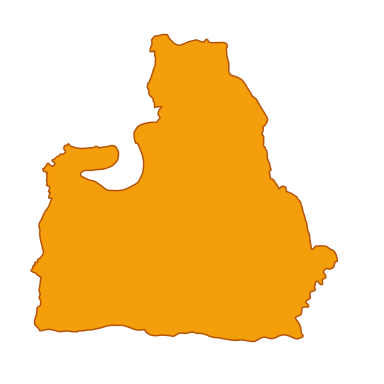 outline of Krok Phra, Nakhon Sawan, Thailand, rotated 276°
{"feature_id": "78962969B8513684834011", "entity_name": "Krok Phra", "entity_type": "district", "adm_level": 2, "iso_a3": "THA", "parent_name": "Thailand", "parent_adm1": "Nakhon Sawan", "projection": "mercator", "projection_center": [100.023, 15.583], "detail": "fine", "context": "isolated", "style": "filled", "palette": "amber", "viewbox_px": 384, "rotation_deg": 276, "n_neighbors": 0, "source": "geoboundaries", "source_scale": "gbopen_adm2", "svg_char_len": 5886}
<svg xmlns="http://www.w3.org/2000/svg" viewBox="0 0 384 384"><g transform="rotate(276 192 192)"><path d="M345.9,151.2L345.7,147.0L343.7,141.6L343.2,138.9L342.2,137.9L339.0,135.9L337.4,136.5L333.9,136.7L331.7,135.8L328.9,135.5L327.3,135.7L327.2,136.3L327.5,137.5L327.4,138.5L328.2,138.9L328.2,140.1L323.2,140.8L322.1,141.7L313.7,142.2L311.9,141.4L309.6,140.9L300.3,139.1L299.8,138.6L297.1,138.1L296.4,137.3L295.1,136.8L292.6,136.5L291.6,136.6L288.1,138.5L284.8,139.0L283.9,140.0L283.2,140.4L280.7,143.6L278.7,143.8L277.3,145.1L272.3,146.0L273.4,150.0L273.7,152.9L269.4,150.4L267.4,150.1L265.3,150.3L263.9,151.7L262.3,152.5L260.4,151.1L258.0,149.9L257.4,148.4L257.2,144.9L256.2,140.6L254.1,135.2L252.7,132.8L251.5,131.4L249.6,130.2L245.7,128.3L243.1,128.3L241.6,128.7L239.5,128.9L235.2,130.6L234.6,131.2L234.8,132.5L232.3,134.4L230.9,134.9L229.5,135.9L226.4,137.3L223.1,139.1L217.8,140.6L212.7,141.2L206.6,141.1L201.2,139.5L197.0,137.8L195.4,136.6L193.6,134.6L189.5,128.4L187.8,125.5L186.7,123.0L185.6,118.1L185.1,112.0L185.0,108.5L185.2,107.1L185.8,105.8L189.4,100.0L192.2,94.8L192.8,92.5L192.9,90.0L193.5,87.5L195.2,82.7L196.2,80.5L196.8,79.7L198.0,79.2L199.6,79.7L200.3,80.2L202.1,82.8L202.6,85.6L202.9,89.3L204.1,94.0L205.2,100.0L205.9,102.4L207.9,106.9L209.1,109.0L210.3,110.5L211.9,112.0L214.1,113.6L215.7,114.4L217.4,114.9L220.8,115.1L222.9,114.9L225.7,114.0L227.6,112.5L229.1,111.3L229.5,110.6L229.9,108.9L229.6,106.2L228.2,102.8L226.2,94.4L227.2,93.6L227.3,91.1L225.9,89.5L223.9,78.9L223.6,75.3L223.8,72.1L224.9,66.3L226.8,64.6L226.9,63.8L225.5,62.6L225.0,60.8L224.0,60.1L222.7,60.2L221.8,59.7L219.4,61.8L218.4,62.0L217.6,61.6L216.1,59.4L215.8,57.1L213.9,55.7L212.6,53.5L210.6,52.1L209.0,49.5L208.4,49.6L207.6,50.4L207.3,51.8L206.8,52.3L205.2,52.8L204.2,52.2L204.1,51.7L203.2,51.1L203.0,50.5L204.1,47.8L205.6,46.3L205.2,45.2L204.6,44.7L202.6,44.1L201.2,42.9L199.6,42.4L199.6,41.4L197.2,42.0L196.9,44.6L196.3,44.6L195.9,46.4L194.1,45.7L191.1,46.2L189.1,46.3L188.2,46.1L185.0,47.2L184.1,47.0L183.8,46.6L182.9,47.7L182.8,49.4L181.7,50.0L180.7,50.1L177.3,49.2L176.6,50.8L176.1,51.2L174.1,50.3L171.2,50.1L171.0,53.3L163.4,51.2L160.5,50.0L159.0,49.2L157.9,48.2L153.0,46.3L148.9,45.1L145.5,43.6L144.2,43.4L141.1,43.5L138.4,44.8L135.4,44.8L132.4,45.3L127.3,46.7L125.0,47.7L119.6,49.5L117.6,50.5L116.2,50.7L113.4,49.9L112.9,49.3L110.8,48.2L109.2,46.2L108.0,45.4L106.1,45.8L105.9,43.7L105.5,43.1L104.7,43.2L104.5,43.7L103.4,43.2L102.9,43.3L102.6,43.0L102.2,43.1L101.9,42.7L102.2,42.3L101.8,42.3L101.5,41.6L99.9,41.3L99.3,41.7L97.6,40.3L96.7,40.2L95.8,41.9L95.1,44.6L94.7,45.5L94.4,46.0L93.7,46.3L92.1,48.9L91.9,50.8L77.8,50.2L74.2,51.8L71.9,51.1L70.8,51.1L70.0,51.4L68.9,52.4L67.4,52.9L64.0,53.2L63.3,53.0L61.5,50.6L60.4,50.1L54.5,50.2L48.7,49.0L46.6,48.9L43.9,49.4L39.5,54.4L38.1,55.1L38.5,57.5L39.8,60.9L40.5,64.4L40.4,67.5L39.3,73.8L39.3,75.5L40.7,82.0L40.6,88.3L41.0,92.5L42.2,94.5L42.8,99.2L43.9,102.3L44.2,105.9L44.6,107.1L47.4,115.5L49.8,121.0L50.6,124.2L51.3,127.6L51.5,131.4L52.0,135.3L52.1,137.9L50.6,144.7L49.5,148.4L49.1,152.1L49.2,154.8L49.7,157.0L50.4,159.1L48.6,160.2L47.8,161.0L46.6,163.1L45.6,165.1L45.2,168.8L45.3,171.0L46.7,177.7L46.8,184.0L46.5,188.5L47.4,190.2L49.5,192.7L50.5,194.9L50.7,197.3L50.7,200.5L51.4,202.8L52.4,205.1L52.8,208.1L52.1,210.2L52.0,211.6L52.3,216.1L52.1,218.2L51.4,221.6L50.4,224.2L49.6,228.9L49.8,233.8L49.4,237.7L48.8,247.9L49.0,251.0L50.1,256.5L50.1,258.0L49.6,268.0L49.9,269.4L50.5,271.0L53.7,275.3L54.9,277.7L55.3,279.9L54.5,284.4L54.4,285.8L54.8,287.9L55.4,289.7L58.3,294.1L59.4,297.3L59.6,299.1L59.3,301.9L58.6,305.1L57.3,308.8L56.9,310.7L57.1,312.6L58.1,314.8L59.5,317.2L60.1,317.5L60.7,317.6L61.9,316.3L63.0,315.6L67.7,314.5L70.6,313.3L73.6,311.3L75.0,309.8L76.7,308.4L77.0,308.1L78.0,308.2L79.0,309.1L80.6,312.2L81.7,313.2L83.6,313.6L87.6,313.4L88.6,314.0L89.0,314.5L89.5,316.1L89.7,319.3L89.9,319.7L90.6,319.9L91.5,319.7L92.3,319.0L93.5,317.3L94.7,316.7L96.1,317.4L97.7,319.7L99.0,320.7L99.6,320.8L103.4,319.7L104.0,319.8L105.7,321.3L106.4,323.7L107.4,324.7L107.9,324.8L109.4,324.0L111.5,323.9L115.1,324.4L116.0,325.2L116.4,325.8L116.4,326.3L113.8,328.9L113.4,330.6L113.8,331.4L114.6,331.5L117.3,330.9L118.4,330.9L119.3,331.7L120.6,333.8L121.3,334.0L121.9,333.9L123.8,333.1L125.8,331.1L127.3,331.2L129.0,332.4L129.8,333.6L130.1,334.7L129.6,336.2L129.8,337.5L131.7,340.6L136.9,341.5L137.9,342.3L138.3,343.8L141.8,343.0L144.4,342.0L146.9,340.4L148.3,339.0L149.1,337.6L149.3,336.0L151.4,332.4L152.1,330.7L151.9,325.7L151.1,320.9L150.1,319.7L148.3,318.7L147.9,318.2L147.8,317.4L148.0,316.7L159.1,313.7L161.1,313.5L162.1,313.2L164.8,311.6L166.7,310.9L170.7,309.8L172.4,309.7L176.2,307.7L179.5,306.6L183.6,304.6L188.6,303.0L191.3,301.6L193.3,301.1L196.1,298.0L198.0,296.8L201.3,290.3L202.4,286.1L203.5,285.5L206.6,284.7L206.6,284.1L207.2,283.1L207.4,281.4L206.6,281.0L206.2,279.9L204.5,278.5L205.0,278.3L205.3,277.6L205.9,277.1L207.0,276.5L212.8,271.5L213.3,270.5L213.4,268.9L213.6,268.7L217.4,267.5L220.6,266.9L221.6,267.1L221.9,268.1L222.3,268.3L225.4,267.0L228.1,266.3L231.7,264.2L232.7,263.9L233.8,263.2L237.8,262.8L240.5,262.1L242.0,260.8L243.7,260.2L244.7,259.5L245.2,258.4L245.7,258.1L248.8,258.1L254.6,257.5L255.3,257.1L256.1,255.8L258.2,255.5L259.9,256.2L261.9,256.3L262.8,256.2L264.2,255.5L265.1,256.9L267.1,258.3L268.1,258.6L268.9,259.3L270.3,259.1L271.2,259.7L272.0,259.8L275.2,258.1L285.5,250.1L291.1,246.2L294.0,241.6L296.7,240.0L301.2,236.2L304.6,234.0L308.9,229.8L311.3,223.9L312.2,219.0L313.8,216.7L317.0,215.7L320.9,215.6L324.6,214.9L330.4,212.6L338.6,211.1L340.0,211.9L341.4,211.8L342.2,211.5L343.1,210.7L343.5,210.0L344.0,207.3L342.5,196.1L342.8,193.7L343.3,192.8L345.1,191.5L345.4,190.5L344.9,189.7L342.9,188.6L342.6,188.0L342.3,187.0L342.6,184.4L343.7,181.2L343.3,179.1L341.0,172.8L338.6,168.8L336.4,163.8L337.1,160.6L339.0,157.1L342.9,152.9L345.9,151.2Z" fill="#f59e0b" stroke="#b45309" stroke-width="1.5"/></g></svg>